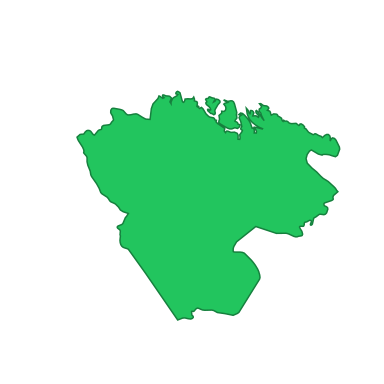 an SVG outline of Västra Götaland, rotated 120°
{"feature_id": "SWE-3428", "entity_name": "Västra Götaland", "entity_type": "County", "adm_level": 1, "iso_a3": "SWE", "parent_name": "Sweden", "parent_adm1": "", "projection": "mercator", "projection_center": [12.229, 58.206], "detail": "fine", "context": "isolated", "style": "filled", "palette": "green", "viewbox_px": 384, "rotation_deg": 120, "n_neighbors": 0, "source": "natural_earth", "source_scale": "10m", "svg_char_len": 5964}
<svg xmlns="http://www.w3.org/2000/svg" viewBox="0 0 384 384"><g transform="rotate(120 192 192)"><path d="M101.9,111.0L106.1,109.9L109.4,106.6L111.3,100.0L112.3,94.0L113.9,88.6L114.6,85.3L114.8,79.3L116.5,71.6L117.1,69.6L118.2,67.6L118.8,65.8L124.3,67.7L126.0,67.4L127.6,66.1L128.5,66.2L129.7,66.9L135.3,71.8L136.1,71.9L136.6,71.7L137.7,70.6L137.7,70.0L137.5,68.8L137.7,66.9L138.9,65.8L142.7,65.0L144.5,65.4L145.7,66.4L147.2,70.1L148.1,70.8L151.3,72.1L153.3,73.3L154.1,73.4L159.6,71.7L160.7,71.9L161.3,72.4L161.2,73.0L160.6,73.4L158.3,73.7L157.6,74.1L157.2,74.7L157.4,75.4L157.8,76.1L160.5,77.7L161.7,79.1L162.9,79.2L164.3,78.4L165.8,78.3L166.3,78.8L167.2,80.6L168.1,81.5L168.8,81.2L169.7,79.9L171.1,77.2L173.2,75.1L174.6,74.9L175.5,75.6L177.0,77.5L178.2,78.5L179.0,79.8L179.5,81.6L180.0,87.3L180.4,89.1L180.9,90.3L185.6,98.2L190.0,119.5L212.9,128.5L218.5,128.5L220.4,128.0L222.3,127.0L223.0,126.4L222.8,125.2L219.9,120.1L219.1,118.1L218.8,116.1L221.4,106.4L222.4,103.7L223.7,100.7L225.9,96.7L227.5,94.5L230.0,91.9L232.0,90.4L233.7,89.9L272.8,91.2L274.4,91.9L278.2,94.7L280.8,102.5L283.7,109.8L283.8,114.0L284.4,115.9L288.0,121.8L288.9,123.9L289.2,125.8L289.4,128.2L289.9,129.4L291.5,130.2L294.0,130.6L294.7,131.0L295.3,132.5L295.8,132.6L298.1,131.0L298.7,130.4L299.0,129.1L299.4,128.6L300.1,128.2L301.3,128.5L302.6,129.5L303.7,132.1L304.6,135.2L305.9,137.1L310.0,140.4L285.6,191.6L273.4,218.5L273.5,219.9L274.2,222.9L274.3,224.4L274.0,225.8L273.2,227.3L271.8,228.8L269.9,230.2L265.7,232.1L265.1,232.9L261.5,234.6L260.9,235.6L260.5,238.3L260.1,239.0L259.5,239.3L258.5,239.1L255.3,236.6L253.9,236.1L247.3,236.9L245.9,236.5L242.4,236.4L243.5,241.7L243.4,245.0L241.8,248.1L240.7,252.2L240.7,253.6L241.1,257.4L240.8,258.8L239.6,261.0L238.9,262.9L238.6,269.1L238.1,270.7L235.2,274.3L232.5,278.8L229.1,286.1L228.3,287.5L227.5,288.4L224.8,290.6L220.9,295.6L218.3,298.0L214.6,300.1L213.6,301.6L212.5,304.9L212.1,305.5L210.6,306.0L209.4,307.1L207.8,309.3L204.3,316.1L203.2,317.6L202.0,319.0L198.1,317.7L196.9,316.1L196.3,315.1L195.8,314.7L193.4,314.5L191.6,313.9L190.6,312.9L190.0,311.3L190.1,310.0L191.5,306.7L191.6,305.3L191.5,304.9L185.9,304.0L184.8,303.5L183.1,301.8L182.5,301.8L180.8,302.6L179.9,302.6L178.5,301.8L175.6,297.9L174.7,297.0L173.8,296.6L171.8,296.6L169.4,296.0L168.7,296.1L165.9,298.8L164.4,301.5L163.6,302.3L161.7,303.2L160.0,303.1L159.3,302.7L158.5,301.4L156.5,295.8L156.0,293.8L155.9,292.2L157.3,288.0L157.4,287.0L157.3,286.0L155.8,283.7L153.8,281.6L152.3,279.5L152.0,278.5L151.9,277.6L152.1,272.3L152.0,268.5L150.1,264.6L140.1,268.9L135.2,269.8L128.0,268.2L125.3,268.6L125.2,267.1L125.5,264.1L124.3,263.3L123.9,265.0L123.1,265.8L122.4,265.7L122.0,264.5L121.8,262.7L120.7,260.4L120.3,259.2L120.9,256.7L125.0,256.2L126.0,254.3L124.6,255.1L121.0,255.5L119.4,255.1L116.2,253.2L114.7,253.0L115.0,255.1L114.1,255.5L113.0,255.4L112.0,254.8L111.9,253.5L112.1,252.0L118.2,245.8L118.7,244.9L118.6,244.1L117.4,243.9L116.0,244.1L115.0,244.5L113.4,242.3L112.2,239.9L110.9,238.2L108.9,238.0L110.3,236.3L111.9,235.5L111.3,233.0L112.2,231.8L115.5,230.5L115.5,229.7L114.6,229.7L114.6,228.9L115.5,228.5L115.9,227.3L114.0,226.1L114.5,224.0L117.3,219.0L118.1,216.0L118.3,214.3L117.0,210.4L117.2,209.3L118.1,208.3L117.7,206.7L119.2,206.3L119.9,204.1L120.5,196.1L120.7,195.3L122.9,194.7L123.4,194.0L123.8,192.6L122.8,192.7L121.9,192.4L121.4,191.4L120.9,188.1L118.9,185.1L118.6,182.2L119.7,180.5L123.3,178.5L122.6,177.0L121.2,177.3L118.5,179.3L115.0,178.9L113.4,179.2L113.3,180.9L112.4,181.6L110.4,181.6L106.5,185.1L104.1,188.4L102.3,188.5L100.6,187.6L101.5,190.1L99.3,189.4L98.7,187.5L99.2,184.9L100.2,181.8L101.6,178.4L103.2,175.8L106.7,171.8L105.8,170.9L106.7,169.6L107.7,168.7L109.8,167.6L108.7,165.8L107.2,166.5L104.6,170.2L103.9,168.6L102.3,162.6L101.9,162.6L102.4,166.2L102.2,170.4L101.6,174.6L100.4,178.1L98.6,181.0L96.8,183.2L92.3,186.8L92.9,185.0L93.6,183.7L95.3,181.8L95.3,180.9L94.4,181.0L92.5,182.1L91.9,181.8L91.5,180.3L91.9,179.0L92.6,178.0L95.7,177.4L94.0,174.7L94.1,171.8L93.0,171.9L92.4,172.9L91.5,175.9L90.7,176.7L89.7,177.2L89.1,176.9L89.5,175.6L91.7,170.6L93.0,168.1L94.1,165.1L93.5,166.4L90.8,170.3L89.3,171.8L88.4,174.3L86.6,175.2L84.9,174.4L83.2,174.5L81.8,177.7L81.2,176.9L81.1,176.1L81.4,173.9L81.2,172.8L80.1,170.2L80.4,168.0L81.3,167.3L83.6,167.6L83.1,165.2L83.7,164.0L84.8,163.1L85.8,161.8L83.5,160.3L82.4,157.9L82.3,157.2L82.7,156.2L83.2,155.9L83.2,152.3L83.4,151.3L85.0,149.6L85.3,148.4L84.0,148.4L84.3,146.9L83.5,146.0L83.2,145.1L83.2,144.0L83.6,142.8L83.6,141.7L83.0,139.9L80.5,136.2L81.0,132.7L80.6,132.4L79.0,132.4L78.4,131.4L78.5,129.2L79.2,127.2L80.5,126.6L80.3,125.0L81.8,121.4L82.0,120.4L81.8,116.0L81.5,115.4L80.0,114.6L79.7,113.5L79.7,110.6L79.5,109.3L79.2,108.1L79.7,106.3L76.4,105.2L74.7,104.0L74.0,102.5L74.6,100.6L75.9,99.4L78.8,97.8L76.1,98.0L74.9,97.4L74.4,95.7L74.7,94.1L75.3,92.9L79.4,86.8L81.1,85.5L87.5,84.4L89.7,85.4L90.6,88.9L91.1,91.6L92.2,94.3L93.5,96.6L94.5,97.8L95.0,97.8L96.0,101.6L95.9,109.6L97.8,110.7L101.9,111.0ZM118.5,190.9L118.9,193.2L119.0,195.9L118.9,201.3L118.4,203.6L117.0,204.2L115.3,204.5L112.2,206.9L108.8,205.7L107.2,206.7L106.1,204.4L104.4,203.9L102.5,204.5L101.1,205.8L100.0,208.4L98.7,207.9L96.6,205.8L96.6,210.0L96.2,210.0L95.6,206.3L93.6,204.0L93.0,202.9L93.1,201.2L94.4,199.3L100.7,193.0L102.9,192.2L105.4,190.1L108.4,190.5L109.3,190.1L109.1,188.8L109.1,187.6L109.6,186.6L110.3,186.0L109.8,184.3L110.8,183.5L111.9,183.5L114.2,184.3L114.9,187.0L117.4,189.0L118.5,190.9ZM114.2,211.7L114.1,213.7L114.3,214.4L114.6,215.0L113.7,219.0L112.9,219.7L112.3,219.6L112.1,218.8L112.4,217.4L111.4,216.9L110.4,218.0L109.6,219.9L109.1,223.1L108.5,224.1L107.8,224.6L106.5,224.2L105.0,226.5L104.1,226.4L102.8,224.8L101.1,224.7L100.7,224.2L100.4,221.7L99.7,219.6L99.9,218.6L100.7,218.1L102.4,218.4L103.3,218.3L102.0,217.5L100.5,217.5L99.3,217.2L98.8,215.3L99.3,213.2L100.5,212.6L103.3,213.2L109.1,213.2L110.5,212.7L111.6,211.6L112.8,211.0L114.2,211.7Z" fill="#22c55e" stroke="#15803d" stroke-width="1.5"/></g></svg>